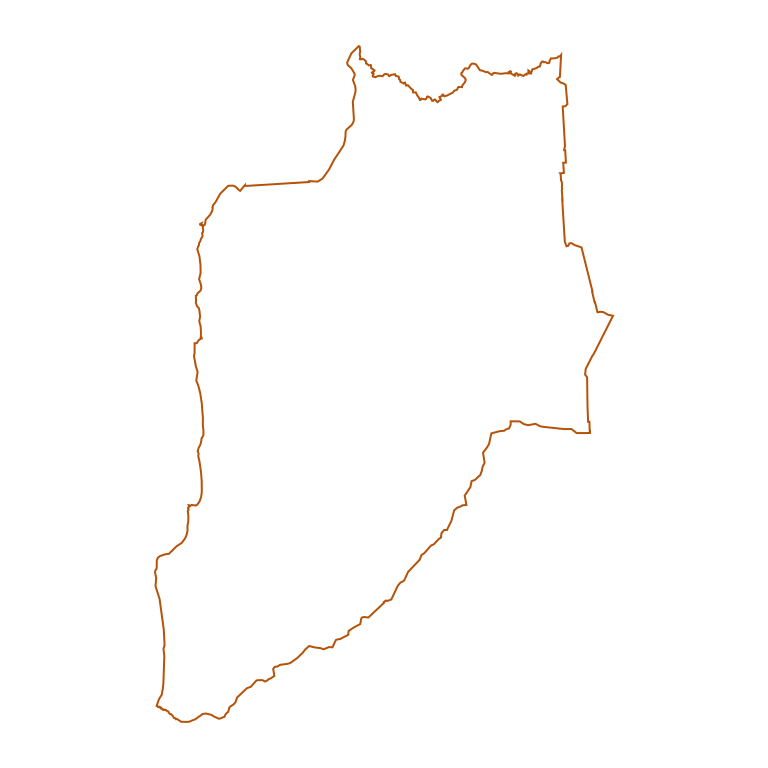 outline of Onkaparinga, South Australia, Australia
{"feature_id": "25037944B62747843124796", "entity_name": "Onkaparinga", "entity_type": "district", "adm_level": 2, "iso_a3": "AUS", "parent_name": "Australia", "parent_adm1": "South Australia", "projection": "albers", "projection_center": [138.568, -35.187], "detail": "fine", "context": "isolated", "style": "outline", "palette": "amber", "viewbox_px": 768, "rotation_deg": 0, "n_neighbors": 0, "source": "geoboundaries", "source_scale": "gbopen_adm2", "svg_char_len": 5964}
<svg xmlns="http://www.w3.org/2000/svg" viewBox="0 0 768 768"><path d="M550.9,58.4L549.5,61.1L549.3,62.8L548.6,63.2L547.0,63.0L545.5,62.1L543.6,62.2L542.8,61.4L542.0,61.6L540.8,63.1L539.9,66.5L538.0,66.8L537.3,67.6L535.9,68.3L532.3,69.4L531.1,73.5L530.4,73.4L529.4,71.2L528.4,70.5L528.5,73.5L526.9,73.5L526.5,74.7L525.4,74.3L523.4,76.0L519.9,74.4L518.2,75.6L517.6,73.8L516.7,73.2L515.3,73.6L515.1,74.2L515.4,75.5L514.9,75.8L511.1,73.6L510.8,73.1L510.9,71.5L510.3,71.2L508.6,72.1L508.5,72.6L509.1,73.3L508.8,73.4L505.9,73.2L500.9,73.8L494.2,72.9L493.0,73.4L492.3,74.7L491.8,74.9L487.6,72.0L486.0,72.2L482.8,70.8L479.9,70.2L475.9,64.3L473.3,63.6L471.9,63.7L470.6,64.8L468.5,68.4L467.7,68.7L465.6,68.3L464.9,68.5L462.9,71.0L462.2,72.6L461.4,73.1L461.2,73.8L461.6,75.1L464.7,77.8L465.8,79.9L464.9,82.3L462.3,85.5L462.0,87.1L458.5,87.0L457.9,87.6L457.2,89.6L454.0,90.9L453.1,92.4L447.3,95.4L444.5,96.3L443.9,96.0L443.2,94.6L442.5,94.6L441.9,96.0L439.5,97.0L439.6,97.7L440.8,99.2L440.8,100.0L438.8,100.9L437.6,102.2L436.5,101.4L435.1,99.5L434.5,99.5L433.0,100.9L432.2,100.9L430.6,97.9L427.7,96.4L426.8,97.1L426.5,98.5L425.5,99.4L421.5,98.7L420.6,99.9L419.9,100.0L418.8,97.4L417.4,95.7L415.8,92.4L413.1,92.4L412.9,89.8L411.6,89.2L407.9,85.2L406.1,85.6L405.0,82.6L403.7,83.5L400.3,81.7L400.2,79.9L399.1,79.1L398.7,76.6L395.6,75.8L395.0,74.2L390.7,75.0L389.5,76.1L388.8,75.9L388.0,74.5L385.4,73.9L384.3,74.3L382.6,76.2L378.9,75.7L375.4,77.2L372.8,76.5L372.6,75.9L373.7,74.1L373.5,73.5L372.0,73.1L371.9,72.5L374.3,71.0L374.5,70.3L371.2,68.2L370.8,65.1L368.7,65.3L367.3,64.0L366.0,63.5L366.1,61.4L363.4,59.1L362.4,58.8L360.8,59.4L359.9,59.2L360.3,56.7L359.7,55.0L359.8,53.0L360.2,52.0L359.8,47.2L359.6,46.5L358.8,46.1L351.4,53.3L347.1,62.6L347.8,65.1L351.3,68.2L354.7,73.9L354.6,75.5L352.9,79.9L355.2,86.2L355.6,89.2L355.4,92.2L352.8,101.8L353.9,118.9L353.6,121.6L351.8,124.9L346.8,129.3L345.7,131.2L345.4,137.1L344.7,141.4L343.4,145.7L334.1,159.8L328.9,169.7L322.5,178.6L317.7,181.6L309.2,181.1L309.2,182.0L248.2,185.8L244.9,185.9L244.9,185.2L240.2,190.8L239.2,190.4L236.3,187.4L234.4,186.1L232.6,185.6L228.2,185.8L220.2,193.7L215.5,202.2L213.1,205.2L212.4,207.4L212.7,207.7L212.7,208.4L212.1,211.2L210.0,214.9L205.7,219.7L205.2,223.2L204.4,223.2L205.1,223.5L204.7,224.8L203.5,225.5L201.0,224.1L201.5,223.2L200.2,223.8L200.1,224.7L203.1,226.2L202.7,228.1L203.2,229.5L203.1,231.3L202.9,232.3L202.1,233.2L202.6,235.7L201.8,237.7L200.9,238.9L200.4,241.0L199.1,243.1L198.9,245.3L198.2,246.3L197.3,249.2L199.4,256.1L200.5,265.2L200.6,273.0L199.1,279.1L201.0,285.0L201.3,288.1L200.6,290.5L197.5,293.4L196.7,295.4L195.8,295.8L196.1,301.1L195.8,302.8L196.9,306.0L198.6,307.8L199.4,310.3L200.1,316.8L199.3,320.6L199.6,322.9L200.6,326.1L201.0,332.9L200.8,336.4L201.7,337.7L201.7,338.4L200.6,338.2L200.5,339.1L199.1,339.7L196.7,343.2L194.6,343.2L194.6,352.9L194.0,356.3L195.9,366.5L197.6,371.8L196.3,380.6L198.2,385.4L200.2,392.9L201.8,403.5L202.9,418.2L202.8,424.7L203.4,430.0L203.4,435.2L201.5,438.6L201.3,440.9L200.4,444.6L198.6,447.9L197.7,451.3L198.7,453.9L198.2,455.9L199.4,461.0L201.0,471.9L201.7,481.2L201.8,492.2L201.1,497.1L199.5,501.5L197.3,504.6L195.8,505.5L191.7,505.0L190.8,505.6L188.8,505.2L189.4,506.4L188.6,506.6L188.7,507.7L188.0,508.2L188.6,510.0L187.8,510.8L188.4,517.1L188.2,522.4L187.5,525.2L187.5,531.1L186.4,535.5L185.0,538.5L181.7,542.9L176.4,546.4L168.9,553.8L165.6,554.2L160.1,556.0L157.9,557.7L156.8,560.4L156.7,567.8L156.4,569.1L155.5,570.1L155.0,572.3L156.2,578.0L155.5,586.1L159.6,599.1L163.8,629.8L164.5,643.8L164.5,645.6L163.5,648.7L164.3,655.9L164.2,659.4L163.4,683.0L162.8,688.6L161.7,694.8L159.1,698.9L156.6,705.9L157.7,706.4L158.0,707.0L159.0,706.6L159.4,706.8L159.4,707.2L160.4,707.2L160.5,707.9L161.2,707.9L161.3,708.8L162.4,708.9L162.7,709.6L163.5,709.5L163.5,709.9L164.1,710.1L165.7,709.9L166.4,710.6L168.4,711.5L168.7,712.7L170.2,714.2L171.1,714.2L173.0,716.2L173.7,717.8L174.9,718.0L175.9,719.2L176.6,718.8L181.3,721.8L188.6,721.9L195.4,719.2L202.7,714.0L205.8,713.5L211.5,714.9L213.7,716.4L219.2,718.8L224.6,716.7L225.0,715.4L226.3,713.3L228.2,711.9L229.3,707.6L230.3,706.5L233.6,704.4L235.6,702.0L237.1,697.5L246.8,688.3L250.9,686.7L256.4,680.5L257.5,680.2L262.4,680.1L264.8,681.5L267.3,680.5L268.4,679.3L270.5,678.5L274.4,675.9L273.2,668.9L274.8,666.8L277.1,666.6L280.2,664.8L287.7,663.8L290.3,663.0L297.1,658.1L302.8,652.7L305.2,649.5L309.2,646.0L314.6,647.4L320.4,648.1L323.6,649.3L328.9,647.1L332.5,647.3L335.8,640.1L337.1,639.5L340.2,639.0L348.2,634.8L348.6,631.0L353.6,627.6L360.3,624.0L361.2,618.7L362.0,617.5L364.0,617.0L368.4,617.5L384.2,602.6L383.8,602.0L385.9,600.5L387.1,601.0L391.3,599.5L397.7,585.9L400.5,582.5L402.8,581.5L404.2,580.4L408.1,571.9L419.7,559.7L421.5,555.0L424.4,553.1L430.9,545.6L433.7,544.4L439.1,538.7L440.9,537.7L441.5,533.1L444.2,530.0L446.9,530.0L451.3,521.1L454.2,510.3L457.1,507.8L460.7,506.4L462.2,505.4L466.4,504.9L464.7,495.6L470.4,487.1L471.6,481.1L474.8,480.0L480.3,475.0L481.9,470.6L482.6,466.7L484.6,462.8L483.0,452.7L487.1,447.3L488.6,444.7L489.2,443.3L491.3,433.4L499.5,431.2L504.4,430.7L505.7,429.5L509.0,428.4L510.6,425.0L510.7,421.3L519.8,421.4L523.8,424.1L528.3,425.2L535.4,423.8L540.3,426.3L543.1,426.8L564.2,429.1L571.4,429.0L576.7,433.1L590.0,433.0L590.0,430.8L589.7,430.8L589.4,421.7L588.1,421.8L587.5,405.8L587.1,377.2L585.1,374.6L585.7,368.9L592.7,355.2L593.3,354.8L613.0,315.8L608.2,314.8L603.3,312.1L600.5,311.8L597.5,312.3L595.0,302.3L594.6,302.4L592.1,291.6L592.5,291.5L581.5,247.4L574.7,245.1L571.3,243.1L569.4,243.4L568.2,245.8L566.5,246.3L564.8,241.5L562.2,199.4L562.5,199.6L561.8,190.0L562.2,188.3L561.8,187.2L562.1,185.5L561.8,182.0L561.1,180.7L560.6,174.0L560.1,173.3L563.9,172.9L563.2,162.7L565.9,162.6L565.2,150.2L564.2,150.2L564.4,148.1L565.0,146.6L562.7,106.5L565.2,106.2L567.4,104.2L565.7,84.9L563.5,83.5L560.6,82.5L557.1,79.2L558.8,77.5L559.9,77.0L561.1,54.9L560.0,56.4L558.5,56.4L557.4,57.7L553.9,58.4L550.9,58.4Z" fill="none" stroke="#b45309" stroke-width="2"/></svg>